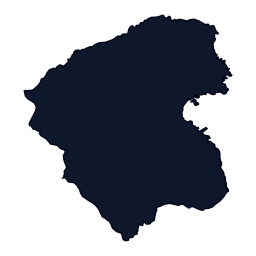 the district of Kota Palopo, Sulawesi Selatan, Indonesia
{"feature_id": "22746128B54354608226928", "entity_name": "Kota Palopo", "entity_type": "district", "adm_level": 2, "iso_a3": "IDN", "parent_name": "Indonesia", "parent_adm1": "Sulawesi Selatan", "projection": "orthographic", "projection_center": [120.171, -2.987], "detail": "fine", "context": "isolated", "style": "filled", "palette": "ink", "viewbox_px": 256, "rotation_deg": 0, "n_neighbors": 0, "source": "geoboundaries", "source_scale": "gbopen_adm2", "svg_char_len": 5782}
<svg xmlns="http://www.w3.org/2000/svg" viewBox="0 0 256 256"><path d="M228.4,89.6L228.0,88.9L226.0,87.6L225.3,84.5L222.0,83.2L222.2,81.9L224.4,80.2L224.3,79.3L223.0,78.9L222.9,78.3L223.4,77.7L224.3,77.5L225.9,78.5L226.5,78.6L227.0,78.4L226.9,77.9L226.1,77.6L224.9,76.2L224.8,75.5L225.6,74.9L228.1,74.9L228.8,75.2L229.0,75.9L229.9,76.1L231.4,75.8L231.7,75.3L230.9,74.3L229.5,73.2L230.1,72.8L230.1,72.5L228.6,71.5L228.1,70.6L228.1,69.7L228.9,69.4L229.1,68.8L227.9,68.5L226.9,68.8L226.1,68.5L226.0,67.3L227.1,67.1L226.0,65.2L225.1,64.8L225.0,63.7L224.2,63.3L224.7,62.6L224.5,61.7L225.0,61.0L224.8,60.5L224.3,60.4L222.8,61.3L222.3,61.2L221.7,60.2L221.6,58.8L221.2,58.6L220.8,58.8L220.9,60.6L219.9,61.1L219.0,60.5L219.0,60.2L219.4,60.1L219.3,59.5L218.0,58.8L218.4,58.3L218.2,57.3L217.8,57.3L217.0,58.5L216.2,58.0L216.2,57.2L217.1,54.8L216.7,54.4L215.6,54.5L215.2,54.2L215.3,53.1L214.9,52.8L214.4,50.7L213.1,47.7L213.4,46.0L212.6,45.3L212.5,44.7L213.1,44.1L213.4,42.5L214.1,41.3L214.9,40.5L215.3,38.8L214.4,38.2L214.6,36.5L214.3,34.1L215.2,33.6L216.1,33.5L217.9,33.9L218.2,33.2L216.0,31.1L214.0,26.2L213.4,25.7L212.7,25.6L210.7,26.5L209.3,25.7L208.0,24.2L206.9,24.5L204.2,24.3L203.6,23.6L198.9,21.0L194.2,19.3L189.6,19.8L188.8,20.7L186.7,20.9L180.7,19.5L178.1,19.5L175.5,20.7L175.5,20.0L174.6,19.5L172.0,21.0L171.2,20.6L170.1,17.0L169.4,16.4L168.9,16.5L166.9,18.1L165.8,18.2L164.5,17.4L163.5,15.7L163.0,15.4L162.1,15.4L159.5,16.5L158.4,16.6L157.4,17.2L155.7,17.1L154.2,17.5L152.0,17.3L149.2,18.3L147.6,19.2L147.2,19.9L146.6,20.2L144.6,20.5L143.6,22.2L143.0,22.6L140.6,22.9L139.5,25.2L138.7,25.5L137.7,25.3L136.3,25.6L135.7,27.1L135.0,27.4L133.6,27.2L132.9,26.1L132.4,25.9L131.1,26.3L130.1,27.2L129.0,28.9L128.0,33.0L127.4,34.0L122.8,34.3L120.8,36.0L120.1,36.3L118.0,36.1L117.2,36.9L115.8,37.3L114.9,38.4L112.6,39.8L109.6,40.8L109.1,41.2L107.8,41.4L106.5,42.1L105.0,42.4L100.5,42.7L98.2,43.2L95.1,44.6L92.4,46.7L89.7,46.9L87.4,48.0L86.4,48.1L85.0,49.2L81.8,49.7L80.4,51.0L80.1,51.0L78.7,50.1L77.9,50.2L77.6,50.8L77.1,50.3L76.6,50.6L75.9,50.3L74.2,51.8L73.9,52.5L74.5,53.2L74.3,53.7L73.1,54.2L72.4,54.9L71.4,57.2L70.0,59.4L68.4,59.2L68.0,59.5L68.5,61.1L68.0,62.3L63.8,66.3L60.6,65.1L59.5,65.1L56.8,67.0L56.2,68.1L55.6,68.6L53.1,68.4L51.4,69.3L49.7,69.6L47.3,72.6L46.6,74.4L44.0,78.2L43.4,78.6L42.4,78.6L41.3,79.3L40.4,82.4L38.4,85.1L32.8,90.2L27.1,90.8L25.3,90.5L24.3,91.1L25.5,96.0L27.3,98.2L28.0,98.9L34.2,102.7L36.4,106.6L35.8,110.6L29.2,123.5L29.6,125.4L31.2,126.0L33.2,129.0L35.2,129.4L40.2,132.0L39.5,133.8L41.5,136.0L46.3,138.8L50.7,144.0L57.1,145.2L60.7,148.6L64.8,150.1L65.1,151.3L65.0,152.8L63.5,155.4L63.5,156.7L64.0,159.9L65.0,163.2L65.8,164.5L66.7,167.3L65.8,169.5L64.6,170.6L64.3,171.3L64.6,174.0L63.9,175.5L63.7,177.4L63.2,177.9L65.1,177.6L67.1,179.9L67.9,181.5L69.3,182.0L72.3,182.3L74.7,183.0L77.0,185.5L79.5,189.3L80.6,192.8L82.5,196.3L90.0,201.4L93.2,203.2L96.5,206.2L98.7,209.1L102.3,216.5L103.4,217.4L105.0,218.1L107.9,220.5L108.9,220.6L111.1,224.3L112.5,228.0L116.3,231.3L118.5,232.3L120.2,232.6L121.0,233.2L121.9,234.3L122.8,238.5L123.8,239.8L124.9,240.5L126.0,240.6L128.3,240.2L129.1,237.9L130.1,237.5L132.7,237.3L133.5,236.0L133.8,234.9L137.0,234.0L136.9,232.7L137.6,231.4L138.0,227.7L139.0,224.8L140.9,225.1L141.2,224.9L142.5,225.4L142.9,224.4L143.0,222.7L143.7,222.4L144.8,222.4L146.7,224.1L150.1,223.7L151.2,221.9L154.1,220.4L154.5,218.9L154.5,217.8L155.2,215.0L155.5,212.7L156.6,210.3L156.5,208.0L156.2,207.4L160.2,206.2L163.6,204.5L166.6,203.7L170.0,203.3L175.1,204.5L176.3,204.5L177.7,205.4L178.5,205.3L181.2,204.1L182.8,204.2L183.9,204.7L188.6,207.9L189.8,207.7L191.5,206.5L193.1,206.7L194.6,207.1L196.0,208.0L200.1,209.7L201.8,210.1L203.4,210.0L204.2,208.8L208.8,208.2L212.8,206.7L214.5,204.8L219.8,201.0L224.5,195.7L224.8,194.8L227.2,191.5L228.0,191.6L228.4,191.1L228.2,189.6L226.1,186.4L226.3,183.6L225.3,180.7L225.4,178.8L225.1,177.3L224.7,176.2L223.9,175.7L223.8,173.8L223.0,173.3L223.7,173.0L222.5,170.7L221.6,169.7L220.0,166.2L221.2,165.7L221.5,164.9L221.4,162.5L220.3,160.5L220.2,159.0L219.8,158.8L219.9,156.3L219.6,156.0L220.0,154.4L219.4,151.4L218.0,149.2L217.3,149.0L216.6,148.2L214.7,148.3L214.5,147.9L214.9,147.7L215.1,147.1L214.6,146.4L214.8,145.2L214.3,144.3L212.9,143.6L211.4,142.2L210.6,142.0L210.3,141.6L208.7,141.0L207.2,140.8L207.2,139.9L208.1,139.0L208.2,138.3L209.9,138.0L209.5,137.1L209.1,136.7L208.6,136.8L208.7,136.0L205.8,135.6L204.2,135.1L203.7,134.8L202.6,133.2L202.6,132.0L207.0,128.7L206.1,127.6L200.7,130.7L198.9,131.5L198.3,131.5L197.9,130.9L198.2,130.7L197.7,130.1L197.3,130.3L196.8,129.3L198.6,128.4L198.4,127.5L196.7,128.1L196.5,127.4L194.7,127.2L194.4,126.8L195.1,126.4L195.0,126.2L194.4,126.5L192.0,124.6L191.9,123.9L192.3,123.5L191.7,122.7L192.2,122.0L191.9,121.5L190.0,121.0L189.5,121.2L189.3,121.6L187.8,122.2L187.1,121.7L186.3,121.6L185.7,121.0L184.1,120.5L183.7,118.7L182.8,117.7L182.1,117.6L181.6,117.1L182.4,115.4L181.9,114.5L181.9,113.5L181.4,112.7L182.1,112.0L182.8,110.0L182.6,107.2L183.4,106.1L184.1,104.3L184.4,104.3L186.7,101.5L187.0,100.1L188.0,100.3L188.7,99.7L189.5,99.5L190.1,99.8L191.5,98.6L193.0,99.1L193.8,98.7L193.9,98.0L193.6,97.3L193.8,95.3L194.2,94.8L197.0,95.6L198.9,94.9L202.7,94.6L204.1,93.6L204.8,94.3L205.7,94.4L206.2,92.9L207.7,91.9L207.9,92.6L209.2,92.7L211.3,94.1L213.1,94.5L214.9,94.1L215.0,93.1L216.7,92.4L220.7,92.0L223.5,94.0L225.8,93.6L227.0,91.2L228.4,89.6ZM196.2,105.4L198.4,104.3L198.3,103.3L197.9,102.9L196.8,102.6L196.2,102.0L195.8,101.4L196.0,100.7L195.4,99.9L194.1,100.0L193.4,100.7L193.6,101.8L194.9,105.0L196.2,105.4ZM196.1,96.0L195.3,95.7L195.2,96.7L196.3,97.8L198.2,97.9L199.1,97.2L199.1,96.4L198.5,96.0L196.1,96.0ZM193.0,101.3L192.5,100.7L191.7,100.9L191.2,101.5L191.2,101.9L192.0,101.6L192.9,101.8L193.0,101.3Z" fill="#0f172a" stroke="#020617" stroke-width="1.5"/></svg>